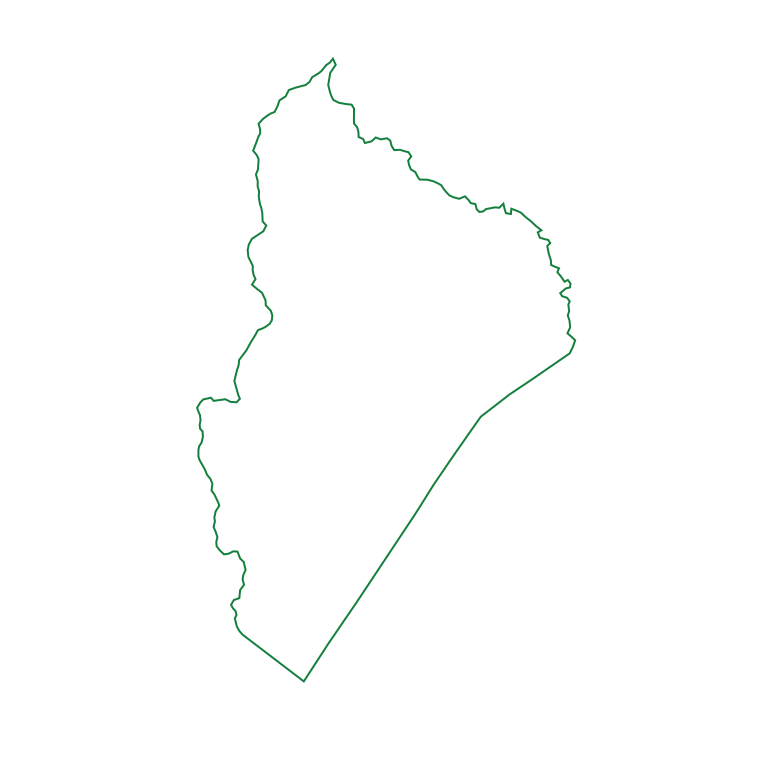 outline of Itaporã do Tocantins, Tocantins, Brazil, rotated 192°
{"feature_id": "56859067B75494045146561", "entity_name": "Itaporã do Tocantins", "entity_type": "district", "adm_level": 2, "iso_a3": "BRA", "parent_name": "Brazil", "parent_adm1": "Tocantins", "projection": "mercator", "projection_center": [-48.728, -8.44], "detail": "fine", "context": "isolated", "style": "outline", "palette": "green", "viewbox_px": 768, "rotation_deg": 192, "n_neighbors": 0, "source": "geoboundaries", "source_scale": "gbopen_adm2", "svg_char_len": 3033}
<svg xmlns="http://www.w3.org/2000/svg" viewBox="0 0 768 768"><g transform="rotate(192 384 384)"><path d="M470.4,109.5L400.6,76.4L384.6,118.1L365.3,165.0L326.7,262.6L320.4,279.6L314.5,295.8L303.0,323.9L298.2,335.3L289.4,356.1L282.5,372.2L258.9,400.0L239.9,419.6L208.7,452.6L206.9,459.9L206.1,466.5L210.8,469.4L215.1,471.7L213.7,478.1L215.8,484.7L218.5,489.3L218.0,493.6L220.2,500.0L219.5,503.5L222.9,506.4L227.9,506.9L230.5,509.5L226.2,515.1L222.2,517.2L222.4,520.9L225.8,524.0L228.7,521.6L233.2,525.9L237.7,529.4L236.9,533.6L240.8,534.2L245.2,535.1L246.5,539.7L249.9,545.7L253.0,552.9L250.7,556.4L253.4,559.1L256.9,559.1L262.0,559.5L265.1,564.3L262.0,567.1L268.2,570.1L273.2,573.2L280.5,576.9L285.8,580.1L291.1,581.2L295.9,581.9L295.2,576.7L300.2,576.4L302.3,580.0L304.7,585.2L307.9,580.4L312.3,579.8L320.6,576.3L322.9,573.4L326.5,572.1L329.7,574.2L332.0,579.0L336.8,579.0L339.6,581.6L343.8,584.4L349.0,580.8L354.9,581.1L359.3,582.1L363.2,584.8L366.0,587.0L369.4,590.4L373.1,591.5L378.1,592.6L384.4,592.8L391.7,591.4L394.2,593.8L397.4,597.8L402.2,599.4L405.0,603.4L406.8,607.5L404.7,612.3L408.2,615.8L412.6,616.0L417.1,616.4L422.7,614.9L426.3,618.8L428.5,623.4L432.1,625.0L438.0,622.6L443.3,623.4L446.7,618.7L452.8,615.8L455.4,619.3L460.1,620.3L461.6,625.7L463.7,629.6L467.4,632.5L468.3,636.0L470.6,647.2L473.7,650.5L479.8,649.9L486.5,649.7L492.6,651.3L495.1,654.4L497.2,657.7L500.7,664.8L501.3,677.1L497.6,686.2L501.6,691.6L503.8,687.1L506.8,684.0L510.2,677.2L512.5,674.4L518.1,669.1L519.7,663.9L522.8,660.2L532.5,655.3L538.2,651.7L540.0,644.9L545.2,639.7L546.0,633.1L547.6,627.3L551.1,625.0L554.3,621.8L557.5,618.1L560.8,612.5L558.1,607.3L557.2,603.5L558.4,599.2L559.1,593.6L560.5,585.0L555.9,581.3L553.4,577.9L551.9,567.8L552.8,562.3L549.6,556.0L548.7,551.1L546.1,546.1L545.7,542.2L544.4,538.3L542.8,534.3L540.7,530.8L538.7,526.3L536.5,517.8L532.1,514.5L533.8,508.3L537.8,504.2L543.4,498.5L545.2,492.3L545.2,486.6L543.0,480.0L540.3,476.6L536.9,472.3L536.1,468.0L534.3,463.7L531.5,459.9L533.8,453.7L527.2,450.2L522.3,447.9L517.3,441.3L516.0,436.4L509.8,432.0L507.4,427.6L507.0,422.7L508.4,419.1L512.0,415.0L515.4,412.4L518.5,410.5L520.2,404.7L522.7,397.9L525.7,388.1L530.7,377.4L530.1,372.2L530.7,366.7L531.0,355.9L528.3,350.7L524.4,343.2L521.9,339.6L524.4,335.5L530.4,334.6L536.0,336.1L547.1,332.1L550.5,334.6L557.6,331.3L559.9,327.6L561.9,321.8L559.5,318.0L557.4,315.0L555.9,310.3L555.8,305.6L554.6,302.0L551.6,299.9L550.1,294.5L550.3,288.7L551.9,284.6L551.8,281.0L550.5,274.6L548.4,271.0L544.6,266.8L541.3,263.0L538.3,258.5L534.0,255.0L531.1,250.7L530.6,244.0L526.8,240.5L524.0,236.9L521.7,233.8L519.8,230.8L522.2,224.3L522.2,218.0L520.8,214.5L521.0,208.7L518.1,204.7L515.1,199.6L515.2,194.5L513.9,190.4L510.1,187.2L505.1,184.1L500.7,185.7L496.6,189.0L492.5,189.6L488.4,183.4L484.2,180.7L480.7,173.3L481.9,168.3L481.7,163.5L479.2,158.6L481.9,152.4L481.0,144.5L486.0,141.4L487.7,136.2L485.1,133.2L481.9,130.9L480.2,127.3L481.2,123.7L477.5,116.2L474.1,112.3L470.4,109.5Z" fill="none" stroke="#15803d" stroke-width="2"/></g></svg>